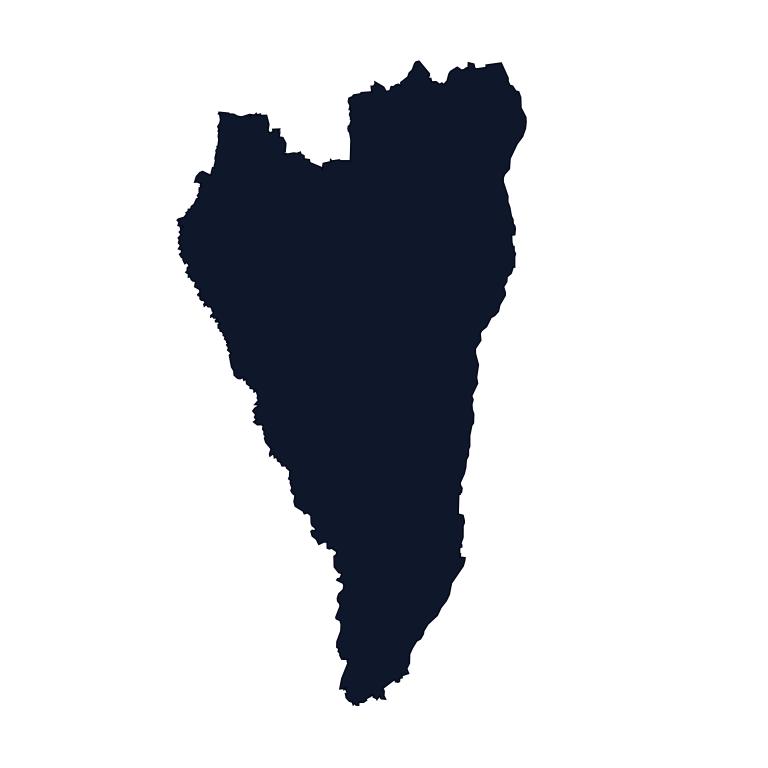 the district of Nong Ya Sai, Suphan Buri, Thailand, rotated 261°
{"feature_id": "78962969B37617655473411", "entity_name": "Nong Ya Sai", "entity_type": "district", "adm_level": 2, "iso_a3": "THA", "parent_name": "Thailand", "parent_adm1": "Suphan Buri", "projection": "albers", "projection_center": [99.839, 14.777], "detail": "fine", "context": "isolated", "style": "filled", "palette": "ink", "viewbox_px": 768, "rotation_deg": 261, "n_neighbors": 0, "source": "geoboundaries", "source_scale": "gbopen_adm2", "svg_char_len": 6128}
<svg xmlns="http://www.w3.org/2000/svg" viewBox="0 0 768 768"><g transform="rotate(261 384 384)"><path d="M72.5,336.2L76.2,335.1L80.6,336.1L83.6,335.2L90.6,348.3L88.1,348.9L87.3,351.2L87.8,352.7L91.0,353.5L91.0,355.9L93.2,356.2L94.3,363.0L99.3,361.9L104.3,365.4L113.1,367.0L118.9,370.8L124.9,375.9L126.6,380.3L130.9,383.7L134.0,384.7L139.9,389.7L147.1,400.4L154.4,405.4L160.3,411.7L165.8,415.5L176.8,419.5L191.8,433.7L196.7,436.0L199.7,436.9L201.1,432.0L204.1,433.0L205.4,432.2L210.5,433.1L211.0,435.4L213.5,435.5L213.8,434.6L220.1,438.0L231.7,439.9L234.1,441.5L236.7,441.9L241.9,441.5L243.9,436.9L263.2,440.5L263.2,442.0L264.7,442.0L264.7,443.5L268.9,444.8L272.2,443.6L274.6,443.8L282.7,449.1L288.7,451.6L296.4,453.4L300.0,456.1L306.3,457.2L309.0,458.9L319.4,460.5L329.2,464.1L331.5,466.2L340.3,467.9L344.8,467.1L350.4,467.6L354.5,469.5L358.5,468.7L370.0,476.5L376.0,476.4L388.2,480.2L399.7,479.0L404.6,479.7L411.9,486.4L418.9,486.9L421.4,488.7L424.6,494.2L432.9,500.1L434.3,504.0L437.8,508.3L444.0,510.7L452.4,517.5L455.2,518.1L461.3,517.3L465.8,521.2L470.6,522.3L473.4,526.9L479.4,529.9L479.0,531.3L488.8,532.8L492.1,534.2L494.9,533.3L499.3,533.9L499.4,532.9L503.8,532.4L511.1,533.3L511.0,536.5L517.1,538.0L520.1,537.8L521.7,536.6L526.2,537.1L529.8,536.0L539.0,535.8L544.7,534.7L549.9,535.7L565.1,533.3L569.3,534.1L572.3,535.9L576.9,541.5L586.8,543.7L600.4,553.0L606.7,559.5L614.2,563.6L620.5,565.3L625.3,565.8L635.3,562.5L645.7,563.8L651.5,562.7L652.8,559.9L658.1,557.6L659.4,554.9L663.8,553.9L666.7,554.4L682.7,550.0L683.0,534.7L680.6,534.6L680.7,524.5L681.7,523.0L685.9,522.8L688.1,517.6L683.1,516.6L683.4,514.9L682.0,512.3L681.8,509.7L685.4,505.9L682.3,498.6L680.1,496.7L673.3,493.7L670.2,489.5L672.2,488.3L671.2,485.7L674.4,482.8L674.9,478.3L678.5,478.0L678.7,476.0L680.8,475.9L681.3,477.0L683.5,477.3L697.3,469.1L697.1,466.0L695.5,464.3L689.7,461.1L687.2,457.5L683.5,455.6L679.2,447.8L676.0,447.5L677.8,445.0L677.5,442.4L676.1,440.1L676.6,437.6L672.7,435.8L672.6,431.8L677.3,430.1L683.7,422.3L681.7,422.2L679.7,420.1L680.1,417.9L674.4,417.7L675.3,407.0L674.2,406.6L674.2,399.2L672.6,397.5L671.8,394.1L668.4,392.9L664.2,394.1L660.6,392.6L660.6,393.6L658.8,393.9L655.7,392.1L651.6,392.8L650.7,392.3L649.8,393.1L644.4,390.5L644.4,389.3L642.1,388.4L639.3,388.5L637.9,389.5L630.3,389.6L609.7,385.7L611.3,375.8L612.3,375.0L612.4,367.5L613.9,366.4L611.8,365.9L611.4,358.5L605.8,356.8L607.6,356.0L614.3,345.3L617.2,345.3L618.8,340.3L622.0,340.7L623.8,337.9L626.1,337.6L625.3,334.1L626.3,331.0L626.1,324.8L627.0,323.0L626.2,322.6L627.2,321.0L629.2,321.9L629.0,322.7L636.9,324.7L643.2,322.6L644.3,319.0L649.2,320.5L649.7,318.9L650.9,319.2L651.1,320.6L652.1,320.9L652.9,313.9L650.6,314.0L649.7,310.2L652.8,309.1L658.5,310.9L667.7,310.0L668.5,304.0L669.9,304.2L669.7,300.6L671.2,300.1L669.8,298.1L671.1,293.9L669.3,293.9L671.1,292.7L670.0,285.3L671.3,281.3L674.0,277.7L674.7,273.7L675.7,273.1L678.2,263.6L676.6,262.8L676.2,263.9L670.4,263.9L667.0,262.5L664.2,260.1L661.8,260.8L659.7,259.9L659.8,260.8L654.5,259.0L651.7,259.2L645.3,257.4L644.6,256.2L643.0,256.4L640.8,254.5L639.0,254.7L633.3,252.4L631.0,252.6L623.9,249.8L624.4,248.5L617.1,245.5L622.3,238.1L621.6,235.2L618.3,231.2L613.0,228.6L612.8,231.1L610.6,234.7L608.7,233.7L607.1,234.2L606.4,232.1L601.6,231.5L599.3,229.2L596.4,230.4L596.1,227.8L591.0,224.5L589.5,221.5L586.9,220.5L587.1,218.1L584.9,217.5L584.2,215.3L582.8,215.7L579.9,212.7L579.1,206.6L578.1,205.4L575.9,206.9L572.8,205.4L571.6,207.6L572.0,209.0L570.8,210.0L570.0,209.0L570.3,207.4L567.5,207.5L566.1,205.6L563.2,207.1L560.4,203.6L558.5,204.5L555.5,203.1L552.7,204.8L549.6,202.2L547.9,205.3L544.9,204.1L544.2,202.4L540.8,203.8L540.1,205.3L538.0,204.9L534.0,206.1L535.0,208.5L531.9,210.0L530.5,209.7L529.7,208.0L526.4,207.3L525.3,205.8L523.2,208.2L520.2,207.5L520.2,209.5L517.3,210.0L515.5,211.5L515.5,213.4L513.6,213.7L509.7,212.3L506.1,216.8L503.2,216.6L501.3,214.0L500.3,214.4L499.8,216.1L496.8,215.6L495.3,216.8L494.7,219.1L492.6,220.3L490.9,218.5L489.0,218.7L490.3,220.9L487.8,222.3L487.4,224.8L485.3,225.8L483.0,225.8L482.4,226.7L479.8,226.0L478.8,223.7L477.3,223.4L477.9,225.3L475.9,226.1L475.3,229.2L474.2,229.5L473.1,227.5L471.8,227.4L471.4,229.9L469.6,231.5L468.6,229.5L465.2,229.1L464.1,230.8L462.0,230.4L461.1,232.2L458.8,233.3L457.2,232.8L455.5,234.6L453.4,233.6L451.4,235.4L449.7,235.2L449.0,236.9L447.2,234.7L444.1,236.3L441.9,234.9L438.4,237.9L436.6,235.8L424.6,236.1L420.5,237.8L416.1,237.4L412.5,240.4L411.7,242.8L412.8,245.6L409.6,246.2L410.4,248.5L405.7,248.4L402.7,251.5L400.7,251.1L399.5,254.6L396.5,254.4L397.0,256.0L396.3,256.9L392.0,257.5L390.0,256.6L387.5,257.6L383.9,253.2L383.2,256.1L381.7,256.3L380.2,252.5L377.8,250.2L373.8,252.6L371.4,250.9L368.6,252.4L366.9,249.3L363.5,252.6L363.1,256.7L361.4,258.2L358.4,257.1L356.1,258.2L353.0,257.6L350.9,258.8L349.1,257.5L344.9,258.1L337.6,262.4L332.8,260.0L330.7,260.1L332.2,262.9L331.5,264.2L328.2,264.2L328.5,265.8L327.8,266.8L324.6,267.0L322.9,269.6L319.1,270.4L318.6,274.4L316.2,274.7L313.0,277.5L307.3,276.3L305.3,275.0L303.1,276.9L301.1,275.9L295.7,276.9L293.3,275.4L290.1,276.6L288.0,278.8L281.7,276.7L277.2,277.2L271.1,284.2L268.3,285.0L268.7,288.4L265.4,291.3L258.0,290.4L255.4,290.9L252.6,293.5L251.2,293.6L249.5,292.9L250.7,290.2L249.8,288.8L245.1,289.3L241.1,293.0L235.8,294.5L237.5,300.3L236.6,303.1L230.8,302.3L229.7,304.1L230.1,306.6L225.8,311.1L223.0,310.4L221.6,307.7L211.0,306.3L204.8,309.8L203.9,312.0L202.8,312.5L198.9,310.2L198.9,307.8L197.7,306.7L193.5,312.6L190.6,312.8L187.1,311.4L183.8,306.5L179.6,304.4L176.6,304.3L174.0,305.9L171.4,305.9L161.0,299.9L159.5,300.2L157.3,303.6L153.4,304.1L146.8,302.8L136.8,297.2L131.3,296.2L129.7,298.0L126.9,296.9L125.3,298.3L122.8,298.0L118.8,299.2L117.8,305.0L115.8,304.3L114.0,304.8L99.8,296.3L89.8,292.7L89.5,296.7L88.4,296.7L89.7,299.0L88.2,298.5L85.4,299.4L84.0,299.1L84.3,297.5L80.0,297.6L76.2,300.1L74.7,303.0L72.0,303.4L73.2,304.9L71.2,306.2L70.7,308.7L73.6,309.3L72.9,314.1L74.4,317.3L75.8,316.6L77.5,321.6L79.2,322.4L78.1,322.8L78.8,324.8L76.5,324.4L74.4,327.5L73.5,327.7L76.5,330.7L73.6,332.0L72.5,336.2Z" fill="#0f172a" stroke="#020617" stroke-width="1.5"/></g></svg>